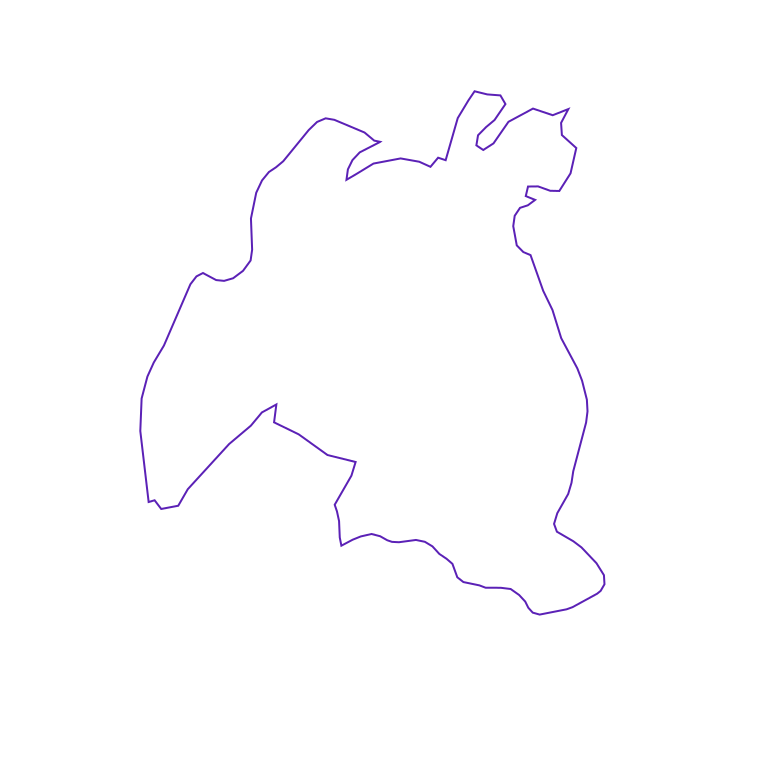 the Prefecture of Saga, rotated 72°
{"feature_id": "JPN-1827", "entity_name": "Saga", "entity_type": "Prefecture", "adm_level": 1, "iso_a3": "JPN", "parent_name": "Japan", "parent_adm1": "", "projection": "natural_earth1", "projection_center": [130.106, 33.248], "detail": "fine", "context": "isolated", "style": "outline", "palette": "violet", "viewbox_px": 768, "rotation_deg": 72, "n_neighbors": 0, "source": "natural_earth", "source_scale": "10m", "svg_char_len": 1845}
<svg xmlns="http://www.w3.org/2000/svg" viewBox="0 0 768 768"><g transform="rotate(72 384 384)"><path d="M152.5,312.8L152.6,313.1L156.2,335.5L161.3,344.8L168.7,352.0L178.2,356.6L175.7,345.2L171.1,325.9L174.6,298.5L183.5,281.8L191.8,272.7L185.5,262.6L190.2,256.2L153.9,231.7L140.3,216.0L133.6,207.4L140.5,196.3L145.5,184.1L155.3,182.0L167.1,197.3L171.2,207.5L176.5,217.7L185.6,222.4L192.1,217.3L189.0,205.5L173.1,184.6L168.1,157.2L180.5,140.5L179.5,123.7L190.4,134.9L202.2,137.9L219.0,128.2L241.3,141.5L254.6,157.6L251.6,166.2L243.7,176.4L240.7,186.0L249.1,191.1L255.6,183.4L258.5,192.0L258.5,200.2L264.4,207.7L273.8,212.3L293.2,214.9L301.6,210.7L306.7,204.8L306.9,204.8L344.6,203.8L365.7,200.9L395.2,201.3L428.9,195.3L442.0,194.6L461.6,195.9L472.9,198.9L483.1,203.7L525.5,231.0L535.9,236.2L545.5,242.8L560.4,259.1L569.6,265.5L577.9,265.2L592.1,252.5L600.4,246.7L620.1,237.3L633.8,233.9L642.6,236.2L647.7,241.9L649.3,246.1L654.5,273.7L654.7,280.0L651.4,307.2L647.4,313.2L641.4,315.9L634.6,316.9L626.4,320.7L618.1,326.9L613.9,335.9L609.1,350.4L605.0,355.5L596.9,369.7L590.5,374.0L576.2,374.5L569.6,378.5L562.7,383.9L553.4,388.1L546.7,393.9L542.2,401.8L539.1,418.7L536.6,425.2L533.6,429.2L527.6,434.7L522.8,442.2L521.8,453.2L522.4,461.9L524.6,474.5L516.3,473.5L500.5,469.1L490.6,468.1L483.6,468.2L461.1,443.3L449.4,435.1L434.1,459.7L405.5,480.7L386.5,500.4L370.2,492.7L373.3,508.9L382.5,523.5L393.2,549.8L423.4,603.1L436.2,617.3L434.0,634.5L423.7,638.1L423.5,644.3L353.4,630.3L322.9,619.0L303.8,606.7L292.4,596.3L279.4,581.4L229.3,537.3L223.7,529.1L222.5,521.9L233.3,511.5L236.5,504.2L236.8,494.8L232.8,483.1L225.3,472.7L215.5,467.9L185.5,459.4L162.6,446.4L152.7,437.1L146.8,427.9L144.5,419.7L141.0,411.0L119.2,377.1L114.1,366.7L113.3,357.4L117.4,349.6L138.8,324.8L149.5,318.1L152.5,312.8Z" fill="none" stroke="#5b21b6" stroke-width="2"/></g></svg>